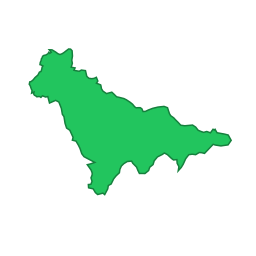 the district of Skoulli, Paphos, Cyprus, rotated 8°
{"feature_id": "46923920B79729634481944", "entity_name": "Skoulli", "entity_type": "district", "adm_level": 2, "iso_a3": "CYP", "parent_name": "Cyprus", "parent_adm1": "Paphos", "projection": "orthographic", "projection_center": [32.459, 34.975], "detail": "fine", "context": "isolated", "style": "filled", "palette": "green", "viewbox_px": 256, "rotation_deg": 8, "n_neighbors": 0, "source": "geoboundaries", "source_scale": "gbopen_adm2", "svg_char_len": 2398}
<svg xmlns="http://www.w3.org/2000/svg" viewBox="0 0 256 256"><g transform="rotate(8 128 128)"><path d="M212.4,117.4L210.3,121.3L206.5,120.5L203.5,121.8L200.9,121.3L197.8,120.5L194.9,117.7L192.8,116.7L191.5,116.1L183.9,117.9L179.8,117.9L176.9,115.5L173.8,113.2L171.9,111.6L168.6,109.9L167.1,108.1L165.9,105.7L164.3,102.4L160.7,101.6L154.8,103.1L149.7,105.1L145.7,107.3L143.0,109.1L140.6,109.6L139.0,107.0L137.3,106.2L135.0,106.5L133.3,106.9L131.7,106.1L129.2,103.8L126.7,102.3L122.5,100.3L119.8,99.4L115.1,98.9L112.4,98.7L112.0,98.4L109.2,96.3L107.0,94.8L101.9,96.9L98.1,95.0L96.3,92.9L95.3,89.9L94.9,89.1L90.5,88.0L91.6,85.7L89.6,82.2L87.6,83.5L85.3,84.2L82.3,84.2L80.0,82.6L78.7,79.2L77.9,77.1L73.8,77.1L71.8,78.6L68.2,78.5L66.4,78.3L67.2,75.9L63.3,75.7L63.9,71.7L62.9,68.7L63.0,64.5L61.9,59.3L60.2,57.9L58.2,58.0L55.9,60.3L54.0,62.3L52.3,63.7L50.4,64.7L48.3,64.2L45.9,62.9L43.4,61.8L41.9,61.2L39.1,61.5L41.5,63.7L40.1,65.0L39.1,64.0L38.3,65.7L36.4,67.2L34.6,67.8L33.4,68.9L33.3,70.1L32.6,71.6L32.6,73.2L32.0,75.2L32.0,77.5L33.2,77.7L35.1,78.4L34.5,79.7L34.4,81.9L34.0,84.1L32.5,85.0L31.4,88.1L28.9,91.0L27.4,93.5L25.7,95.4L24.3,96.0L24.2,97.4L24.1,98.4L25.2,99.6L26.0,101.2L26.3,101.8L27.0,103.1L27.8,104.3L27.7,106.9L29.9,105.5L29.8,107.3L30.7,108.5L32.3,109.1L33.4,109.8L35.0,109.3L36.4,109.2L37.5,109.8L38.8,108.0L42.1,108.8L44.2,108.0L46.8,114.2L52.5,110.7L55.9,111.9L59.3,117.9L61.1,123.6L63.0,125.6L65.0,132.1L67.2,136.6L70.7,138.3L74.9,144.9L74.6,147.8L78.3,148.2L81.2,151.8L83.3,154.9L85.8,159.9L88.4,162.5L99.9,166.7L95.8,168.8L92.8,170.0L97.3,174.8L98.8,177.5L99.0,179.5L98.3,182.5L99.8,185.8L99.1,188.9L96.6,189.5L97.3,192.7L98.2,192.8L102.0,193.1L104.7,196.5L107.2,198.1L112.2,196.0L114.2,197.2L116.4,191.1L116.5,187.7L119.1,185.8L120.9,180.3L122.9,177.0L125.7,173.5L125.7,170.2L126.7,166.6L128.8,163.9L131.9,161.3L136.2,160.3L137.6,162.2L141.9,165.5L143.7,168.6L145.6,171.4L151.1,170.7L151.7,170.1L154.3,167.3L155.0,163.8L157.9,160.7L158.5,156.9L161.2,152.5L165.7,149.4L167.5,147.7L170.8,148.9L175.3,152.1L177.5,153.3L180.8,152.5L181.6,156.1L183.8,159.2L183.7,163.4L185.7,160.4L186.2,159.7L187.7,156.2L189.4,150.4L191.9,146.0L195.2,145.0L198.7,145.0L201.9,142.4L204.4,142.2L207.3,142.5L214.6,132.3L216.6,132.7L222.5,132.8L229.4,130.8L231.9,125.9L228.2,121.0L224.4,120.6L216.8,120.3L214.4,117.2L213.9,118.0L212.4,117.4Z" fill="#22c55e" stroke="#15803d" stroke-width="1.5"/></g></svg>